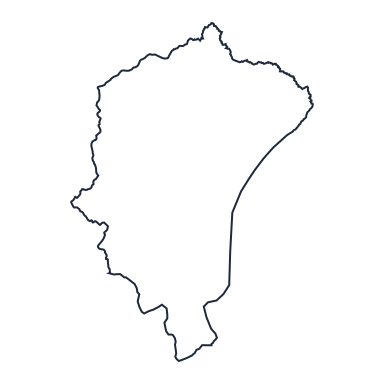 Xon, Houaphan, Laos (orthographic projection)
{"feature_id": "54806243B87375658661080", "entity_name": "Xon", "entity_type": "district", "adm_level": 2, "iso_a3": "LAO", "parent_name": "Laos", "parent_adm1": "Houaphan", "projection": "orthographic", "projection_center": [103.485, 20.489], "detail": "fine", "context": "isolated", "style": "outline", "palette": "slate", "viewbox_px": 384, "rotation_deg": 0, "n_neighbors": 0, "source": "geoboundaries", "source_scale": "gbopen_adm2", "svg_char_len": 5759}
<svg xmlns="http://www.w3.org/2000/svg" viewBox="0 0 384 384"><path d="M312.8,104.0L312.3,103.5L311.4,103.5L311.3,102.9L310.5,101.7L311.4,101.2L311.6,100.5L310.5,99.7L310.3,98.4L309.2,97.9L309.9,96.8L310.6,96.5L310.4,95.9L310.7,95.1L309.6,93.9L309.1,93.8L308.7,92.5L308.7,91.9L308.0,90.9L307.9,88.8L308.1,87.9L307.3,86.6L305.5,87.2L304.7,88.0L303.4,88.3L302.4,89.0L299.8,86.6L298.4,86.8L298.2,86.4L298.5,85.6L298.3,85.0L296.9,84.2L296.6,84.2L296.5,83.7L296.7,83.3L296.4,82.8L296.2,81.8L294.1,80.2L294.6,78.9L293.7,78.1L293.9,77.3L293.3,76.4L292.7,76.4L292.6,76.6L291.1,76.4L290.8,75.7L289.6,75.6L289.3,75.1L289.2,74.5L288.2,74.5L287.2,73.6L286.5,74.0L286.4,73.8L286.4,73.3L283.7,72.5L283.6,71.7L283.1,71.3L280.4,71.5L280.0,71.4L280.3,70.7L280.0,69.7L280.1,68.8L279.7,68.7L279.3,68.0L278.7,67.7L278.7,66.7L278.3,66.5L278.0,66.6L278.0,66.0L277.9,65.8L276.7,65.0L276.0,64.0L275.5,64.3L275.2,63.8L274.8,63.7L272.8,64.6L272.4,63.8L271.8,63.3L271.0,63.3L270.8,62.9L269.7,62.6L268.7,62.8L268.6,62.3L268.2,62.1L265.4,63.5L263.8,63.8L263.0,62.9L261.8,63.1L261.2,62.3L260.3,62.4L258.7,61.9L258.0,62.3L257.2,63.5L256.3,63.8L255.5,63.8L254.0,64.6L252.1,63.7L251.9,63.1L251.1,62.8L250.5,62.2L250.2,62.1L249.4,62.5L248.5,61.6L247.4,61.6L247.1,61.2L246.9,60.1L246.1,60.5L244.5,60.8L242.7,61.9L242.3,61.8L241.8,61.3L240.4,62.1L239.5,62.2L233.3,59.8L232.2,58.6L231.9,57.0L231.3,56.1L231.0,55.0L230.2,54.4L230.3,53.3L230.7,52.7L230.7,52.0L230.4,51.0L229.2,48.8L229.0,48.6L227.8,48.7L226.0,48.2L226.9,47.4L227.2,46.6L225.9,45.6L225.6,44.0L223.7,44.8L222.6,44.8L222.2,43.5L221.6,43.0L221.9,42.1L221.4,41.8L221.3,41.2L220.6,40.8L220.1,40.1L220.2,39.3L219.8,38.4L220.4,37.4L220.0,36.8L220.4,36.1L220.1,35.6L220.8,34.6L220.9,34.0L221.5,33.5L221.5,32.7L221.8,32.1L220.8,32.0L220.4,31.3L219.7,31.4L219.3,30.9L218.8,30.8L218.8,30.0L218.3,29.2L218.0,28.9L217.3,28.9L217.2,27.9L216.4,27.2L216.1,26.4L215.3,26.0L214.1,26.0L213.9,25.3L214.0,24.6L213.6,24.3L213.6,23.8L212.2,23.0L211.5,23.2L211.5,23.7L210.8,24.0L210.0,24.8L209.0,25.0L208.4,25.8L208.1,26.7L207.4,27.5L204.9,27.1L204.6,28.7L203.8,29.1L203.7,30.3L203.0,31.1L202.9,32.5L202.0,34.4L202.3,35.6L202.4,37.4L203.0,38.5L201.7,38.6L201.3,38.3L201.0,39.3L200.6,39.6L200.1,40.6L199.5,39.8L198.4,39.3L198.0,38.7L195.9,39.8L194.5,39.4L194.2,39.9L193.6,40.1L193.1,40.1L192.3,39.3L191.3,38.8L190.7,38.5L190.1,38.6L187.9,40.6L187.1,43.7L186.8,44.1L185.0,44.6L183.8,45.6L183.0,46.0L179.5,45.9L178.8,46.5L178.2,47.4L177.4,48.1L176.8,48.4L176.0,48.5L174.5,49.4L173.8,49.2L173.3,49.9L171.8,50.9L168.6,56.6L168.2,57.7L167.2,58.3L164.8,58.6L162.5,58.1L155.0,54.5L151.9,54.8L150.4,54.2L149.5,54.3L147.7,55.3L146.1,56.6L145.2,57.7L143.0,59.0L141.2,59.7L140.1,60.6L138.3,64.9L137.2,66.3L134.9,67.4L133.9,67.5L133.1,67.9L131.9,69.3L130.7,70.0L128.7,70.7L126.9,70.8L123.4,70.4L122.1,70.6L120.9,71.3L119.0,73.6L118.5,74.5L117.6,75.3L113.6,76.9L111.8,78.2L111.0,78.9L110.4,79.9L107.6,81.8L106.5,82.4L105.7,83.1L105.3,84.0L104.5,84.9L102.6,85.8L98.7,86.7L97.8,87.2L97.7,87.9L99.1,90.4L99.3,93.4L99.6,95.6L99.2,99.8L98.4,101.1L97.1,102.5L96.5,105.5L97.8,107.2L98.5,108.7L100.0,110.1L100.0,110.8L99.6,111.5L97.8,112.9L97.4,113.7L97.3,114.6L97.8,115.7L98.7,116.9L100.4,118.0L100.6,118.4L100.5,119.1L99.3,121.8L99.3,122.4L99.6,123.3L99.6,124.1L98.6,125.2L98.5,125.7L100.4,129.6L100.4,131.7L100.0,132.4L96.2,135.6L96.6,138.1L96.2,139.3L95.3,140.2L94.8,140.1L93.5,140.8L92.5,141.5L91.8,142.8L91.3,144.7L91.5,146.6L92.7,151.7L92.7,153.0L93.3,154.6L93.3,155.6L92.3,158.2L92.9,160.9L93.8,161.9L94.1,163.6L95.0,164.6L96.0,168.1L96.3,172.4L96.9,173.8L98.3,175.6L95.7,179.2L94.3,179.9L93.7,180.8L93.2,182.2L93.6,184.0L93.4,184.4L92.3,185.1L91.8,185.8L91.5,187.3L91.0,188.0L90.0,188.7L87.7,189.3L86.9,189.8L85.5,189.9L83.9,189.6L83.1,189.1L82.3,189.1L81.9,189.3L81.5,190.3L80.3,191.4L80.4,193.3L80.1,194.4L77.4,197.7L76.8,197.8L75.4,196.8L75.0,197.1L74.2,198.8L73.1,200.3L71.5,201.4L71.2,202.0L71.3,202.7L73.3,206.6L74.2,207.5L77.0,207.4L79.3,209.1L80.3,211.3L82.1,211.9L82.9,212.6L84.3,215.2L85.9,216.5L88.0,219.9L88.5,220.4L89.9,221.0L90.6,220.8L91.2,220.3L91.6,220.3L92.1,220.8L92.5,222.2L92.9,222.5L93.5,222.3L94.8,221.3L95.4,221.2L96.3,221.7L98.6,223.8L99.1,224.4L99.9,224.9L100.4,224.7L101.8,223.1L103.4,222.5L104.1,222.5L107.8,226.1L107.9,226.6L107.3,229.3L106.7,230.4L104.4,232.3L104.2,232.7L104.3,233.5L105.0,234.3L104.9,235.2L103.6,238.5L102.3,240.6L98.2,245.5L97.9,246.3L98.1,247.2L98.7,248.1L100.0,249.0L103.6,249.6L104.3,250.2L104.9,251.1L105.0,252.5L106.4,254.6L106.7,256.1L105.9,258.1L105.9,258.8L106.2,259.0L107.3,259.1L107.8,259.5L108.0,263.6L108.3,265.1L108.3,266.5L108.7,267.8L109.6,269.0L110.0,272.4L109.8,272.9L109.1,273.2L114.0,274.5L117.9,274.1L120.2,274.1L124.3,277.4L126.1,277.4L134.6,284.0L136.7,288.1L137.4,292.2L139.3,294.3L137.7,301.4L139.3,306.7L141.8,311.8L144.2,313.5L148.9,311.1L153.2,309.7L158.6,306.9L161.9,304.7L166.6,308.4L167.3,314.7L167.3,318.4L164.4,322.8L165.6,328.7L166.2,331.2L168.4,334.5L171.3,334.5L172.9,335.1L174.9,338.2L175.7,341.7L175.0,344.7L176.2,353.1L175.3,356.9L176.6,359.0L178.8,361.0L181.5,360.1L186.6,358.1L192.0,355.5L192.6,354.7L194.8,353.0L196.5,349.8L198.8,349.0L199.6,348.4L202.1,345.2L211.5,345.3L211.5,344.0L212.8,343.0L213.8,341.2L215.7,339.4L216.9,337.6L215.4,333.6L211.1,328.7L206.4,317.0L203.8,306.6L208.0,302.3L216.5,300.5L223.5,294.0L229.2,285.1L230.2,251.8L232.3,212.7L241.1,191.3L248.6,179.3L254.9,169.9L263.7,158.3L273.3,147.5L287.2,135.0L292.8,131.5L293.3,130.7L293.9,130.1L295.2,129.6L296.1,128.8L296.5,128.1L297.1,127.6L297.6,126.8L298.7,125.6L299.2,124.6L300.1,124.1L301.4,121.4L302.7,120.7L303.2,120.3L303.5,119.4L304.0,119.0L304.7,118.7L306.1,117.2L306.4,114.9L307.4,112.3L308.6,111.2L310.2,109.0L311.3,108.1L312.5,106.4L312.8,104.0Z" fill="none" stroke="#1e293b" stroke-width="2"/></svg>